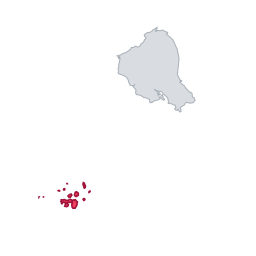 where Galápagos sits in Ecuador, rotated 298°
{"feature_id": "ECU-1270", "entity_name": "Galápagos", "entity_type": "Province", "adm_level": 1, "iso_a3": "ECU", "parent_name": "Ecuador", "parent_adm1": "", "projection": "robinson", "projection_center": [-90.747, 0.131], "detail": "fine", "context": "in_parent", "style": "filled", "palette": "rose", "viewbox_px": 256, "rotation_deg": 298, "n_neighbors": 0, "source": "natural_earth", "source_scale": "10m", "svg_char_len": 7669}
<svg xmlns="http://www.w3.org/2000/svg" viewBox="0 0 256 256"><g transform="rotate(298 128 128)"><path d="M230.6,106.3L229.9,106.8L228.2,107.0L226.9,106.6L226.4,106.6L226.3,107.1L228.0,108.3L228.8,110.6L230.1,111.9L230.8,112.6L230.9,113.1L230.6,114.0L230.6,114.7L231.0,118.1L230.7,118.3L229.7,118.3L229.0,117.7L227.0,126.2L220.6,134.5L213.3,140.5L204.9,143.9L198.8,146.3L197.8,147.3L194.8,151.5L194.7,151.9L195.1,152.6L195.1,153.1L194.7,153.4L194.3,153.4L194.1,153.2L194.0,152.7L193.6,152.1L193.1,152.0L192.8,152.1L192.8,152.6L192.2,154.9L192.1,156.0L191.9,156.4L191.9,157.4L191.3,158.3L190.8,159.8L190.3,160.3L189.6,162.7L188.7,165.0L188.6,165.9L188.9,166.4L189.0,166.9L188.6,168.3L186.4,169.8L185.9,170.4L185.6,171.2L185.8,171.9L185.7,172.4L185.0,172.7L184.3,174.0L183.8,174.3L182.4,173.8L181.4,173.8L180.7,173.4L179.1,171.2L178.6,169.8L178.4,168.0L176.9,166.8L175.0,167.1L174.4,166.7L172.9,165.9L171.7,165.1L170.8,164.6L170.1,164.8L168.9,166.3L167.8,167.0L167.3,166.9L166.6,166.5L166.5,166.0L168.1,163.4L166.9,163.4L166.5,162.8L166.4,162.2L166.2,161.5L166.5,160.6L167.1,160.2L168.1,160.6L168.8,160.6L169.2,159.8L170.1,159.2L170.3,158.8L169.8,157.6L169.7,156.9L169.8,156.5L169.8,155.1L169.5,154.6L169.5,153.9L169.3,153.4L169.2,152.5L168.5,152.0L170.6,151.1L171.3,150.4L172.2,149.8L173.0,148.8L173.5,147.9L174.7,143.5L175.9,140.7L175.7,139.4L174.7,137.6L174.5,135.0L174.6,134.2L174.5,133.6L173.9,134.7L174.0,138.6L173.5,140.3L172.7,140.7L172.2,140.4L172.5,137.6L171.9,138.1L171.0,140.0L169.5,141.5L169.4,141.9L169.0,142.5L167.9,142.0L167.0,141.4L164.1,138.2L162.2,137.5L161.1,136.4L160.9,136.0L160.7,135.3L161.9,134.7L163.1,133.8L163.2,131.8L163.2,130.2L162.3,127.6L162.7,124.1L162.5,122.8L161.5,119.9L162.3,118.4L164.9,117.4L165.8,116.7L166.4,114.4L167.0,113.0L168.2,113.6L169.1,113.5L167.9,113.0L166.9,110.9L166.7,110.0L168.7,107.2L169.7,106.4L171.0,104.9L172.1,102.7L172.3,99.2L171.9,96.6L171.5,93.9L172.2,93.3L173.8,92.9L175.1,92.0L175.8,91.2L177.4,91.4L179.2,90.1L182.1,89.5L186.1,88.1L187.0,86.8L186.6,84.6L188.1,86.0L188.8,87.0L190.9,88.2L193.3,90.3L195.0,91.4L196.7,92.4L199.3,93.4L200.8,93.2L201.5,94.8L202.1,95.3L203.6,95.8L203.7,96.0L204.3,99.0L204.6,99.4L205.9,99.9L207.4,100.0L208.1,99.9L209.5,100.7L211.6,101.4L212.3,101.5L212.7,101.4L212.8,101.1L213.4,101.1L214.4,101.5L215.7,101.6L216.5,101.2L216.7,99.6L217.0,99.2L217.9,98.6L218.4,98.8L220.9,100.1L221.5,100.5L222.1,101.4L223.3,102.8L224.5,103.6L226.5,104.0L228.4,105.4L230.6,106.3ZM34.1,104.5L34.9,105.4L35.3,108.0L37.8,110.7L38.1,112.2L37.9,112.9L38.0,113.1L39.2,114.2L39.9,115.3L38.6,117.9L35.9,119.0L32.9,119.0L32.3,118.7L31.5,117.7L31.4,116.8L31.8,116.0L33.4,114.7L35.7,113.5L36.0,112.6L35.0,111.8L34.4,110.1L32.9,108.9L32.2,105.2L31.7,105.0L30.7,105.5L30.2,105.1L30.1,104.8L31.2,104.0L31.4,103.4L33.0,103.1L33.7,103.6L34.1,104.5ZM45.6,115.6L45.0,115.6L43.1,114.3L43.2,113.0L44.0,112.1L46.4,111.6L47.5,112.4L47.4,114.0L46.5,115.2L45.9,115.4L45.6,115.6ZM170.9,146.2L170.7,146.8L169.5,146.7L169.2,146.5L169.5,144.0L169.8,143.2L170.7,142.4L171.5,142.0L172.6,142.1L173.7,142.8L172.4,144.1L171.4,144.5L170.9,146.2ZM32.2,111.3L31.0,111.5L30.0,111.0L29.5,110.3L29.4,109.2L29.5,108.8L31.8,108.4L32.6,109.3L32.5,110.7L32.2,111.3ZM56.9,117.5L55.4,118.1L54.6,117.6L54.6,117.2L55.4,116.4L56.1,115.9L56.8,114.9L58.1,114.3L58.5,114.5L58.8,114.7L58.8,115.0L58.4,115.8L57.6,116.4L56.9,117.5ZM42.7,109.5L42.1,109.9L39.8,109.4L39.1,108.6L39.7,107.5L40.2,107.1L41.5,107.5L43.0,108.7L42.7,109.5ZM44.5,123.5L44.0,123.5L43.4,122.9L43.9,121.8L44.9,122.4L45.1,122.8L44.5,123.5ZM186.0,87.4L185.3,87.5L185.0,86.9L185.8,86.1L186.1,85.9L186.0,87.4Z" fill="#d9dde1" stroke="#a8b0b8" stroke-width="1"/><path d="M39.8,115.0L40.0,115.1L40.0,115.4L39.7,115.6L39.2,117.0L39.2,117.3L39.2,117.6L38.9,117.5L38.5,118.1L38.3,118.4L38.1,118.3L37.9,118.2L37.5,118.3L37.3,118.3L36.9,118.7L35.5,119.2L35.2,119.1L33.9,119.0L32.6,119.0L32.3,118.9L32.1,118.7L32.0,118.4L32.0,118.1L31.9,117.9L31.7,117.9L31.3,117.3L31.4,116.7L31.7,116.1L32.1,115.7L33.5,114.6L33.6,114.4L33.8,114.3L34.2,114.2L34.6,114.1L34.9,114.1L35.0,114.2L35.1,114.3L35.3,114.4L35.5,114.3L35.6,114.2L35.8,114.0L35.8,113.8L35.9,113.5L36.1,113.3L36.4,113.2L36.3,112.8L36.2,112.6L35.6,112.4L35.2,112.0L34.9,111.6L34.7,111.1L34.5,110.6L34.6,110.2L34.4,110.0L34.3,109.9L34.1,109.9L33.9,109.6L33.1,109.1L32.9,108.8L32.9,108.3L32.6,108.2L32.5,107.9L32.5,107.6L32.8,107.5L32.6,107.1L32.5,106.9L32.4,106.7L32.4,106.2L32.4,105.9L32.4,105.7L32.3,105.3L32.0,105.0L31.6,105.0L31.2,105.2L30.8,105.5L30.5,105.6L30.3,105.4L30.0,105.1L30.0,104.8L30.2,104.7L31.0,104.2L31.3,103.9L31.4,103.4L31.7,103.5L31.9,103.4L32.1,103.3L32.5,103.2L32.7,102.9L32.8,102.8L33.2,102.8L33.3,102.7L33.5,102.9L33.6,103.2L33.6,103.5L33.8,103.8L34.0,104.4L34.1,104.5L34.3,104.9L34.7,104.9L34.8,105.0L35.0,105.3L35.0,105.6L35.0,106.2L35.2,107.8L35.3,108.0L35.8,108.6L35.9,108.9L35.9,109.0L36.0,109.1L37.4,110.1L37.5,110.2L37.5,110.3L37.6,110.5L37.8,110.6L38.0,110.7L38.0,110.8L37.9,111.0L38.0,111.5L38.1,112.1L38.0,112.4L37.7,112.7L37.6,112.9L37.9,112.7L37.9,112.8L37.9,113.1L38.0,113.3L38.5,113.4L38.8,113.6L38.8,113.9L39.1,114.0L39.3,114.3L39.2,114.5L39.4,114.5L39.8,115.0ZM47.4,112.4L47.5,112.5L47.5,112.8L47.3,113.4L47.4,113.6L47.4,113.8L47.4,114.0L47.3,114.3L47.1,114.4L47.0,114.7L46.8,114.9L46.7,115.1L45.9,115.2L45.8,115.3L45.8,115.5L45.6,115.7L45.4,115.7L45.2,115.7L44.7,115.5L44.4,115.4L44.2,115.2L43.9,114.8L43.8,114.6L43.6,114.7L43.4,114.6L43.2,114.5L43.1,114.3L43.0,114.2L43.1,113.5L43.1,113.1L43.3,112.8L43.4,112.5L43.6,112.3L43.8,112.2L44.1,112.0L44.4,112.0L44.6,112.1L44.9,112.0L45.0,111.9L46.2,111.7L46.5,111.6L46.8,111.8L46.8,112.1L46.9,112.3L47.0,112.3L47.3,112.3L47.4,112.4ZM32.5,111.2L32.4,111.2L31.6,111.6L31.4,111.7L31.2,111.7L30.9,111.4L30.6,111.4L30.3,111.2L30.2,111.2L29.9,111.1L30.0,111.1L29.9,111.0L29.7,110.8L29.6,110.5L29.5,110.2L29.4,109.5L29.2,109.0L29.2,108.8L30.3,108.9L30.8,108.6L31.4,108.4L31.6,108.3L31.9,108.4L32.3,108.9L32.4,109.0L32.6,109.1L32.6,109.4L32.5,110.0L32.5,111.2ZM58.3,114.4L58.4,114.5L58.6,114.5L58.7,114.4L58.9,114.3L58.9,114.9L58.7,115.4L58.3,115.9L58.0,116.3L57.5,116.4L57.5,116.5L57.4,116.6L57.3,117.0L57.0,117.5L56.9,117.7L56.7,117.8L56.3,117.9L55.9,117.9L55.5,118.1L55.3,118.2L55.2,118.1L55.0,117.9L54.8,117.9L54.4,117.8L54.3,117.7L54.5,117.3L54.6,117.1L55.1,116.9L55.3,116.7L55.4,116.3L55.5,116.2L56.0,116.1L56.2,115.9L56.4,115.5L56.5,115.3L56.8,115.0L56.9,114.9L57.0,114.8L57.4,114.6L57.5,114.5L57.7,114.4L58.1,114.3L58.3,114.4ZM42.8,108.8L43.0,108.9L42.9,109.2L42.6,109.6L42.5,109.9L42.3,110.0L42.0,110.0L41.5,109.8L40.7,109.8L40.4,109.7L40.2,109.5L39.7,109.6L39.5,109.4L39.4,109.0L39.3,108.7L39.0,108.6L39.5,107.8L39.6,107.6L39.5,107.4L39.6,107.1L39.8,107.0L40.0,106.9L40.1,107.0L40.2,106.9L40.4,107.1L41.3,107.4L41.6,107.5L42.0,107.7L42.6,108.5L43.0,108.7L42.9,108.7L42.9,108.8L42.8,108.8ZM45.1,122.3L45.2,122.5L45.2,122.8L44.9,122.9L44.9,123.0L44.8,123.3L44.4,123.6L43.9,123.5L43.7,123.4L43.6,123.2L43.3,123.0L43.4,122.9L43.5,122.7L43.7,122.1L43.8,121.9L44.0,121.8L44.1,122.0L44.3,121.9L44.6,122.0L44.9,122.1L45.1,122.3ZM43.4,100.9L43.2,100.8L43.1,100.6L43.1,100.2L43.3,100.0L43.6,99.8L43.8,99.8L44.1,99.9L44.4,100.0L44.6,100.3L44.7,100.5L44.4,101.0L44.2,101.1L43.9,101.2L43.6,101.0L43.4,100.9ZM53.9,123.5L54.2,123.6L54.5,123.9L54.5,124.2L54.1,124.4L53.7,124.3L52.7,123.8L53.0,123.5L53.8,123.5L53.9,123.5ZM39.9,95.8L40.4,96.1L40.6,96.7L40.4,97.2L39.9,96.9L39.9,96.6L39.9,96.0L39.9,95.8ZM50.3,100.1L50.5,100.3L50.5,100.5L50.4,100.6L50.3,100.4L50.2,100.5L50.1,100.4L50.1,100.2L50.3,100.1ZM27.4,85.6L27.5,85.6L27.5,85.8L27.4,85.8L27.3,85.7L27.4,85.6ZM25.0,81.8L25.1,81.7L25.2,81.8L25.0,81.8Z" fill="#f43f5e" stroke="#9f1239" stroke-width="1.5"/></g></svg>